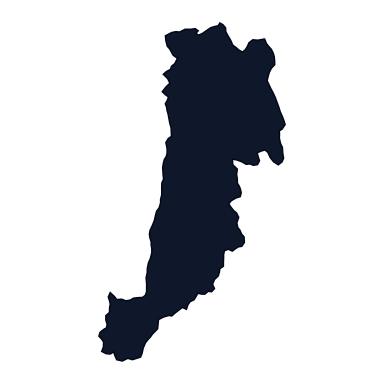 Mutuípe, Bahia, Brazil (Mercator projection)
{"feature_id": "56859067B154349713184", "entity_name": "Mutuípe", "entity_type": "district", "adm_level": 2, "iso_a3": "BRA", "parent_name": "Brazil", "parent_adm1": "Bahia", "projection": "mercator", "projection_center": [-39.511, -13.326], "detail": "fine", "context": "isolated", "style": "filled", "palette": "ink", "viewbox_px": 384, "rotation_deg": 0, "n_neighbors": 0, "source": "geoboundaries", "source_scale": "gbopen_adm2", "svg_char_len": 2961}
<svg xmlns="http://www.w3.org/2000/svg" viewBox="0 0 384 384"><path d="M101.7,351.4L106.3,353.7L110.3,354.0L113.6,351.9L114.9,355.6L116.7,359.7L122.3,361.0L127.8,358.3L132.4,359.7L140.5,357.1L142.1,353.2L143.2,348.0L145.5,342.7L148.1,339.4L150.3,337.1L152.5,334.0L155.1,331.4L157.6,328.8L158.2,322.9L158.5,319.6L163.3,317.1L168.6,315.5L171.8,315.9L175.2,312.9L178.9,310.1L182.4,307.4L186.4,309.3L187.9,304.8L190.1,301.7L194.0,299.8L196.2,296.2L197.9,293.2L201.6,294.1L204.9,294.1L208.3,291.2L211.5,291.8L214.5,288.6L212.5,284.4L214.5,279.5L218.2,276.0L219.4,272.1L219.8,268.7L223.4,266.3L223.4,262.4L223.6,258.3L223.6,254.6L224.4,250.8L228.3,249.2L232.3,251.1L235.1,249.0L238.2,246.9L241.8,246.3L244.4,242.4L244.0,236.8L241.6,234.2L240.0,230.3L237.8,227.6L236.8,222.9L238.7,217.3L236.5,212.9L233.8,210.7L231.1,207.4L228.7,203.8L231.3,200.7L235.9,198.0L240.2,196.7L241.2,192.9L240.5,189.5L239.4,186.5L237.4,183.2L237.3,178.9L236.6,174.6L237.3,169.1L232.8,164.7L232.3,159.2L236.7,159.9L241.8,161.8L246.2,164.3L250.1,163.9L253.3,165.3L257.5,164.6L259.5,160.8L258.0,156.1L257.2,152.8L260.5,151.3L264.9,149.9L267.9,152.3L270.2,157.5L273.6,161.8L278.3,164.8L281.9,162.0L283.6,158.3L282.7,152.8L282.4,147.4L280.7,144.0L279.9,140.9L279.3,137.8L279.5,134.5L279.3,130.9L282.0,129.2L285.1,124.6L283.6,119.7L282.0,115.7L280.2,111.7L278.8,107.2L277.0,102.3L275.3,97.6L273.0,92.6L270.8,88.6L269.0,84.7L267.1,80.7L268.3,75.7L269.4,72.1L271.4,68.2L274.7,64.7L274.6,60.5L274.2,56.5L273.1,52.9L271.3,49.3L268.3,46.0L266.4,43.5L264.6,39.0L257.9,40.2L252.8,39.8L249.0,42.7L247.4,46.4L245.4,49.6L242.5,52.1L238.7,49.9L236.3,47.7L232.8,45.2L230.6,40.2L227.8,35.5L225.8,31.7L225.5,27.7L222.9,24.7L219.9,23.0L218.1,25.8L214.7,26.5L210.8,27.7L206.6,30.5L202.2,33.6L198.5,35.1L195.8,33.4L198.2,30.8L195.1,28.6L191.1,29.3L185.1,29.3L179.7,32.0L175.8,31.7L171.8,32.5L165.4,35.8L165.9,40.7L167.3,46.2L169.7,48.9L173.1,55.2L177.5,58.3L174.7,63.7L171.5,66.3L170.5,69.4L166.5,71.5L163.3,74.3L167.8,78.8L169.9,83.2L166.3,86.6L162.3,91.7L165.4,94.7L168.5,96.9L167.3,100.4L165.3,103.8L166.6,107.1L167.1,110.5L168.1,114.0L168.8,117.8L169.8,123.2L171.1,127.8L171.3,132.5L171.5,136.4L168.3,138.5L165.9,142.5L167.1,148.5L167.1,153.4L166.1,156.8L164.4,159.4L163.4,163.1L162.7,167.6L163.1,174.6L163.6,179.1L161.9,182.9L161.7,188.2L161.8,191.5L161.7,195.1L160.6,199.4L160.6,202.9L159.1,207.9L156.6,211.2L155.2,216.7L154.4,220.4L153.0,223.9L151.7,226.9L150.1,230.3L149.4,234.3L150.0,238.1L151.2,241.9L151.2,245.1L151.8,248.5L151.8,252.8L150.2,259.1L148.6,262.4L147.4,267.8L147.2,272.9L146.1,277.8L146.6,283.6L146.6,287.4L146.6,291.6L145.5,295.1L142.7,297.4L137.5,297.7L133.5,298.2L130.1,300.2L125.8,300.8L121.6,299.2L116.8,299.6L114.2,296.3L110.2,292.6L108.3,297.0L109.5,300.7L110.3,304.1L109.6,307.4L109.5,312.4L105.8,315.7L105.9,320.2L107.2,324.5L106.4,327.9L103.6,329.5L100.1,332.3L98.9,336.1L101.9,339.4L103.6,342.0L103.4,347.1L101.7,351.4Z" fill="#0f172a" stroke="#020617" stroke-width="1.5"/></svg>